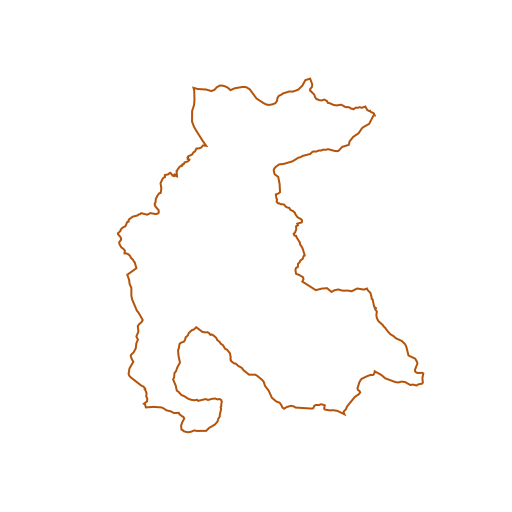 outline of Santiago, Morona Santiago, Ecuador, rotated 249°
{"feature_id": "8360857B27745190393271", "entity_name": "Santiago", "entity_type": "district", "adm_level": 2, "iso_a3": "ECU", "parent_name": "Ecuador", "parent_adm1": "Morona Santiago", "projection": "albers", "projection_center": [-78.365, -2.749], "detail": "fine", "context": "isolated", "style": "outline", "palette": "amber", "viewbox_px": 512, "rotation_deg": 249, "n_neighbors": 0, "source": "geoboundaries", "source_scale": "gbopen_adm2", "svg_char_len": 6114}
<svg xmlns="http://www.w3.org/2000/svg" viewBox="0 0 512 512"><g transform="rotate(249 256 256)"><path d="M118.3,125.7L115.9,129.1L115.2,132.2L115.3,135.8L113.9,138.1L110.6,146.8L112.3,150.7L113.4,157.3L115.2,160.7L117.8,162.7L118.9,164.5L121.1,165.5L125.6,168.6L127.5,168.8L128.5,170.0L129.7,170.2L132.3,171.9L134.2,171.8L135.6,170.7L135.8,168.9L137.6,166.7L138.4,163.9L138.8,159.5L140.1,158.3L140.6,157.1L141.5,150.1L142.9,149.4L143.4,146.7L145.1,143.8L147.2,141.4L150.7,138.9L153.0,136.5L157.2,134.9L158.7,133.8L163.6,134.6L170.5,134.4L172.1,136.1L176.0,138.0L177.1,140.0L180.3,142.7L183.7,146.8L190.6,147.9L195.8,149.4L197.8,151.1L201.2,153.0L201.9,154.5L201.9,158.1L203.5,160.1L205.2,161.0L206.2,163.8L208.3,165.8L209.8,169.7L209.6,171.5L210.9,174.7L204.4,178.7L202.7,181.6L202.2,183.5L200.4,184.8L199.3,184.8L198.6,185.4L198.7,186.3L198.1,187.1L195.1,189.0L193.0,189.7L191.8,189.6L188.2,191.5L187.1,191.5L184.5,193.2L180.5,193.9L178.7,195.5L174.5,196.8L170.2,196.0L169.1,195.2L167.8,195.3L167.3,194.9L165.3,196.0L163.7,197.0L162.6,198.7L159.9,199.9L156.7,202.6L153.9,203.4L147.7,207.0L145.5,212.7L143.7,214.2L138.3,217.2L136.1,218.1L131.4,217.9L125.7,219.6L118.0,220.0L112.9,222.8L110.7,225.4L108.3,226.1L105.0,226.4L103.4,227.4L104.0,230.6L103.6,235.0L101.9,237.5L100.4,238.5L93.4,253.7L93.5,255.1L95.2,256.6L95.5,258.4L94.3,261.3L94.3,263.3L93.7,264.6L91.9,266.7L89.3,265.0L88.7,264.9L87.8,265.5L85.2,270.0L84.5,272.5L82.4,276.3L76.6,281.8L78.1,281.7L79.4,282.2L80.5,284.7L83.0,287.3L89.0,297.7L90.0,302.1L91.2,304.3L92.7,304.3L94.4,303.2L96.1,303.3L101.1,307.3L102.7,309.2L103.5,310.7L104.0,317.0L103.9,320.4L103.0,322.4L103.2,323.3L104.0,324.4L105.8,325.5L100.0,330.4L95.5,332.8L88.2,341.1L86.9,343.6L86.6,346.9L84.9,350.0L80.3,353.8L79.7,356.5L77.6,359.4L78.0,361.9L77.3,365.1L78.0,366.4L82.2,367.5L86.4,370.1L87.3,369.4L89.0,364.7L90.3,363.5L91.5,363.2L93.0,363.8L97.8,368.2L99.5,368.4L103.1,367.8L108.5,362.7L117.1,363.8L120.2,363.6L124.5,361.6L129.2,357.0L131.8,355.8L134.7,353.5L138.1,352.1L143.1,350.7L144.8,349.8L145.9,349.7L151.5,346.9L154.7,346.6L157.5,347.1L160.8,348.9L163.9,348.1L164.4,349.3L166.3,348.1L173.5,349.3L174.5,348.6L175.4,349.0L180.5,349.6L184.2,348.0L185.9,347.9L185.9,344.8L189.4,338.8L188.8,332.6L190.7,329.6L192.6,324.4L195.3,320.8L195.9,316.7L195.4,313.6L200.5,310.8L202.0,305.7L202.7,299.6L215.5,290.1L217.5,292.1L219.3,292.3L222.5,289.8L225.1,287.0L228.8,287.8L230.4,288.9L230.8,291.2L233.6,292.4L234.6,294.6L235.9,295.8L236.5,298.4L239.1,300.7L239.0,301.6L239.7,301.8L247.0,302.2L251.4,301.3L252.9,301.8L259.3,300.5L260.4,300.7L261.4,299.2L263.2,299.1L263.9,300.8L266.4,303.1L269.3,304.0L269.7,306.2L271.4,306.1L271.0,310.8L273.0,311.8L275.0,310.8L275.4,310.1L277.5,308.6L281.0,307.7L282.5,307.8L284.6,306.7L286.8,304.6L289.0,304.3L290.0,302.7L291.5,301.4L293.7,300.8L294.8,299.4L295.4,297.7L296.9,296.5L297.1,295.6L299.2,294.7L301.3,296.0L302.4,295.7L306.4,296.6L306.3,299.1L307.0,301.3L314.6,303.8L321.9,305.1L325.5,302.8L326.4,302.7L329.8,303.3L331.1,304.4L332.1,306.3L333.2,310.5L332.0,315.1L331.3,324.1L332.6,330.8L332.3,332.6L332.7,335.6L331.8,343.1L332.9,345.7L333.0,347.1L331.9,349.6L332.0,352.4L331.1,354.7L331.3,356.4L330.1,359.5L329.9,361.6L325.8,367.2L324.7,369.7L324.6,370.7L327.0,375.6L326.5,382.4L329.5,384.5L332.4,389.5L333.8,395.7L337.2,400.6L337.9,402.5L338.8,409.0L344.8,415.7L345.1,416.3L344.7,417.2L347.0,417.1L349.6,414.6L350.6,414.6L350.8,413.6L352.4,412.2L356.4,411.6L356.4,408.0L357.8,406.1L357.9,404.1L358.7,402.5L358.1,399.4L358.8,399.0L359.5,397.5L360.5,397.1L362.2,395.2L362.4,393.7L363.8,392.0L364.6,391.7L366.8,389.6L367.5,385.8L369.0,382.8L372.4,379.4L373.3,377.9L375.2,377.8L377.6,375.8L377.7,372.9L379.0,370.6L380.3,369.6L380.7,368.7L383.0,368.1L386.0,368.2L389.2,366.6L390.0,366.6L390.6,365.9L391.6,365.9L392.5,366.4L393.6,368.6L395.3,369.7L396.3,370.0L402.2,370.1L402.5,365.1L398.5,360.4L396.1,354.9L396.3,349.3L397.7,345.8L398.1,339.2L397.6,337.9L397.3,334.6L395.8,332.7L393.3,331.2L391.7,328.8L391.7,325.4L392.5,321.9L393.7,320.0L395.8,318.0L402.9,312.9L413.9,309.9L417.2,307.3L418.6,304.3L420.2,296.3L420.0,291.6L423.2,290.0L425.5,287.9L426.9,286.1L428.1,283.3L427.6,279.9L426.0,276.7L426.0,273.4L429.3,269.1L432.8,261.4L435.4,257.9L432.5,257.6L423.5,254.4L419.1,252.2L414.2,248.3L404.5,244.5L399.1,244.4L395.1,245.0L382.5,247.5L376.7,249.0L378.2,246.2L376.8,243.4L377.1,240.4L377.7,238.9L375.5,236.5L375.2,234.8L373.6,232.6L373.4,228.6L372.6,227.5L372.2,227.8L371.0,227.0L369.9,228.4L369.4,228.1L368.7,226.1L369.0,222.8L368.0,222.0L367.6,221.1L368.0,220.4L367.1,219.7L367.3,219.1L366.6,218.8L366.9,217.6L366.6,216.6L364.9,213.8L363.6,212.7L363.6,212.2L358.6,210.8L359.1,210.2L360.7,209.9L361.4,209.2L361.2,208.8L360.0,208.7L360.0,208.0L360.7,207.1L364.3,205.9L364.5,205.3L363.7,203.5L364.2,199.9L362.3,199.3L362.2,197.7L361.6,196.5L358.2,193.0L352.9,191.8L349.3,189.8L349.0,189.4L349.3,188.2L347.4,185.3L345.1,182.9L342.1,181.4L341.3,180.3L339.4,179.7L338.2,179.9L333.6,181.5L331.7,180.9L330.8,180.1L331.0,177.6L333.9,172.7L333.6,169.1L337.1,164.2L336.6,162.8L336.8,161.1L336.3,159.9L336.9,155.1L335.7,150.6L335.0,149.8L333.8,149.5L333.9,148.0L330.6,144.7L330.3,141.7L329.2,139.2L328.3,138.8L327.7,137.8L326.7,135.2L325.9,135.0L322.4,136.2L320.6,136.3L319.4,135.7L317.8,133.1L315.5,132.8L312.2,133.4L310.4,134.7L308.0,135.5L305.6,134.2L304.8,136.0L303.4,137.4L301.4,138.4L298.7,138.7L296.6,139.8L294.7,140.0L293.6,140.5L287.5,140.0L284.6,129.1L279.3,129.0L275.2,128.0L270.8,128.2L263.9,125.5L260.2,124.8L247.7,125.2L245.3,126.0L236.8,127.3L235.3,125.5L234.3,122.6L232.9,120.5L227.5,119.1L223.8,115.5L220.2,115.8L217.5,113.1L212.8,110.6L209.9,107.2L208.6,104.1L207.6,103.2L204.0,103.1L201.2,103.6L196.4,97.6L191.6,94.8L189.7,94.8L187.7,95.5L176.1,102.5L174.3,104.2L171.9,105.0L171.5,104.3L170.3,104.7L166.8,104.6L164.4,103.2L161.8,103.4L159.3,102.1L158.2,98.4L157.0,99.2L154.1,98.9L152.1,105.6L148.8,113.0L147.4,114.7L144.0,117.1L141.4,120.9L138.7,123.2L137.3,127.7L136.0,127.7L132.9,129.5L131.9,130.5L130.1,130.8L126.9,127.3L124.3,125.2L120.6,124.2L119.7,125.2L118.3,125.7Z" fill="none" stroke="#b45309" stroke-width="2"/></g></svg>